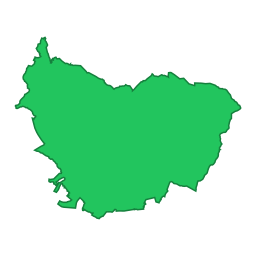 outline of Chiliile, Buzau, Romania
{"feature_id": "2599482B72607399791011", "entity_name": "Chiliile", "entity_type": "district", "adm_level": 2, "iso_a3": "ROU", "parent_name": "Romania", "parent_adm1": "Buzau", "projection": "orthographic", "projection_center": [26.575, 45.45], "detail": "fine", "context": "isolated", "style": "filled", "palette": "green", "viewbox_px": 256, "rotation_deg": 0, "n_neighbors": 0, "source": "geoboundaries", "source_scale": "gbopen_adm2", "svg_char_len": 5635}
<svg xmlns="http://www.w3.org/2000/svg" viewBox="0 0 256 256"><path d="M195.8,191.1L196.1,189.5L196.0,187.8L197.0,184.8L197.3,182.9L198.0,181.0L200.1,180.9L202.7,179.3L204.3,176.4L204.4,175.5L206.4,173.8L207.1,173.0L208.4,168.6L209.6,166.0L210.1,165.7L210.3,165.2L211.8,164.7L212.1,165.0L213.3,164.4L214.9,162.3L215.3,160.7L216.2,159.0L216.7,158.7L218.0,156.7L218.3,155.5L218.4,154.2L218.2,153.7L219.3,151.2L219.4,149.8L220.1,149.6L219.6,149.2L219.5,147.8L220.9,145.7L220.9,145.1L221.9,144.0L220.9,142.6L220.2,140.5L220.5,138.7L220.0,137.2L220.1,136.3L219.6,135.5L220.1,134.2L221.0,133.5L223.4,132.4L225.3,132.3L226.3,131.5L226.7,130.4L228.9,128.3L229.0,127.3L228.7,125.7L229.5,121.9L230.1,120.5L230.2,119.6L231.4,118.7L231.5,113.6L235.1,111.4L237.4,110.7L239.9,109.1L240.6,108.4L240.6,107.6L239.6,105.4L238.3,105.0L236.7,102.4L235.5,101.6L234.7,101.4L234.2,100.2L232.3,99.1L231.4,98.2L230.4,95.0L228.5,92.8L226.7,90.2L225.3,89.3L223.1,89.1L222.4,88.6L221.3,88.7L219.1,88.4L218.5,87.2L217.0,86.7L215.3,85.3L210.0,83.4L205.5,83.7L201.4,83.2L194.7,83.0L194.8,84.2L194.6,85.6L189.0,83.9L183.7,78.3L179.7,78.8L174.5,74.8L171.1,72.6L170.3,72.5L168.6,72.7L168.2,76.0L168.4,77.1L167.4,76.4L166.5,76.5L166.0,76.0L164.3,75.4L162.9,75.6L162.3,75.0L161.6,74.8L158.2,76.7L156.3,76.2L154.5,76.1L153.6,75.5L153.1,74.6L152.2,73.9L151.9,74.6L150.9,76.0L147.2,78.8L145.4,80.6L143.1,80.7L142.8,81.5L142.5,81.8L141.2,81.8L136.9,86.1L134.0,89.5L132.5,90.8L132.5,89.9L132.3,89.5L129.8,85.9L127.4,85.7L125.7,84.7L125.3,85.3L124.1,86.0L122.1,86.0L121.3,86.3L119.7,86.2L119.2,87.1L118.9,87.3L117.0,87.6L115.7,88.0L114.3,88.8L114.0,89.2L113.2,88.6L112.8,87.8L110.9,86.1L109.8,85.5L108.3,85.4L107.2,85.0L105.9,84.0L105.3,83.1L104.6,82.8L104.7,82.4L104.3,82.1L104.1,80.7L103.8,80.2L102.8,79.7L102.5,79.2L100.7,79.2L99.7,78.6L98.9,78.5L95.7,76.4L88.6,72.6L87.1,72.9L86.3,71.6L80.6,65.7L75.3,65.3L73.1,65.4L72.3,65.2L72.0,64.8L70.8,65.1L70.3,64.9L70.4,64.0L69.6,64.7L69.0,64.7L67.8,63.6L66.0,63.3L65.4,63.6L61.9,61.0L59.4,58.5L57.0,58.9L56.7,58.6L55.9,57.2L54.4,57.7L53.6,58.6L52.8,58.4L52.6,58.7L53.3,59.3L53.1,59.6L53.2,60.0L52.5,59.8L52.1,59.4L51.9,59.5L52.0,60.1L51.3,60.4L51.7,61.1L51.2,61.5L51.7,62.1L51.1,62.3L51.2,62.9L50.6,62.9L50.7,62.1L50.1,60.6L50.0,59.0L49.0,57.0L48.6,55.5L48.3,55.0L48.4,54.3L47.4,52.5L46.2,47.4L47.5,45.3L47.5,44.8L46.1,41.7L45.1,40.4L45.1,39.9L45.7,38.6L45.0,37.4L44.1,37.9L44.0,38.2L43.6,38.2L43.4,38.8L41.8,38.1L40.6,40.9L40.3,43.6L38.2,44.1L37.9,45.0L37.9,46.0L37.2,47.3L36.3,48.4L37.8,51.3L39.0,52.1L39.0,52.8L39.9,53.4L40.0,53.8L39.6,54.3L39.8,54.7L39.8,55.2L40.5,55.9L40.8,56.6L38.5,57.7L36.8,57.7L35.1,57.1L35.0,58.3L34.6,58.3L34.6,58.8L34.3,59.0L34.4,59.3L33.9,59.5L33.9,59.9L33.6,60.3L35.2,61.3L34.6,62.2L34.5,63.6L32.0,66.0L31.6,66.2L28.5,65.6L27.7,67.3L26.7,68.4L26.4,70.8L25.6,72.1L25.5,73.0L24.1,74.5L23.3,76.2L23.1,77.3L23.3,79.1L24.5,80.6L24.6,81.3L25.3,81.5L27.5,84.3L27.7,84.9L27.4,85.4L27.4,86.5L27.7,87.5L27.5,88.0L29.3,89.2L29.4,90.6L28.8,91.9L25.9,94.0L24.8,94.4L24.2,96.5L21.6,99.0L20.3,100.5L19.9,101.6L19.8,103.3L17.8,105.1L16.0,105.3L15.6,105.5L15.4,106.0L16.0,106.8L16.2,107.8L16.0,108.0L16.2,108.3L16.6,108.4L17.5,108.4L20.6,106.8L21.4,106.9L22.6,106.3L24.4,106.7L26.1,107.8L27.3,107.6L28.2,108.7L30.2,109.6L31.9,111.2L32.5,112.2L32.7,113.4L33.6,115.0L34.3,115.6L35.7,116.1L35.7,116.7L34.5,118.0L34.0,119.0L33.3,118.3L32.3,118.1L34.9,128.1L36.7,132.2L38.1,134.7L41.3,139.6L44.2,143.4L44.5,143.5L43.8,145.0L40.9,146.4L34.7,150.2L36.9,151.2L38.3,151.3L39.7,151.9L40.4,152.7L42.8,153.3L43.1,153.8L45.9,155.7L48.5,156.6L48.9,157.0L48.9,157.7L49.2,158.2L50.7,159.2L51.2,159.3L51.9,158.9L53.1,159.9L53.3,160.7L54.6,161.6L56.1,163.7L57.1,164.1L57.0,165.2L57.2,166.2L57.6,166.9L59.4,168.7L60.2,168.6L61.1,170.3L60.8,171.2L61.5,172.4L61.1,172.7L61.2,173.4L59.4,173.4L53.7,179.0L50.1,179.5L49.1,179.2L48.9,181.0L49.1,181.6L50.3,182.2L52.0,181.8L53.4,182.0L53.8,182.7L53.8,183.9L54.7,184.1L55.9,185.3L57.4,184.3L57.6,183.6L56.8,182.9L56.8,182.4L56.1,182.0L58.3,180.6L58.9,179.7L62.0,178.0L63.8,177.4L64.9,178.2L64.8,179.5L63.7,180.5L62.8,180.8L61.7,181.7L59.8,182.7L58.7,182.7L58.2,183.9L54.0,191.2L56.4,192.3L58.2,189.9L59.0,188.3L59.1,187.5L60.9,184.0L62.4,183.7L63.1,186.0L63.9,185.8L64.7,186.5L64.3,187.1L64.3,187.8L65.2,187.7L65.6,188.0L66.8,189.5L66.9,190.0L67.3,190.3L67.3,191.0L67.7,190.9L67.8,191.3L68.5,191.6L69.4,192.6L69.5,192.9L68.8,193.1L68.8,193.7L68.0,194.6L68.1,194.9L68.8,195.3L68.8,195.5L67.4,195.6L67.0,195.9L71.6,199.9L70.3,201.0L67.3,201.8L66.8,202.3L63.3,202.3L61.1,201.7L59.7,200.9L57.9,204.0L60.4,205.9L61.9,206.8L63.9,207.2L75.5,208.1L76.4,202.8L77.3,200.9L80.0,197.7L83.3,200.9L83.9,201.7L83.6,201.9L83.8,202.2L84.8,203.1L84.0,204.4L83.2,207.1L82.6,208.1L82.5,209.1L82.7,210.4L83.5,210.5L84.4,210.1L84.2,209.4L86.4,210.9L88.5,212.0L89.5,211.9L91.3,213.1L92.9,213.2L91.8,215.0L93.7,216.2L95.6,217.0L96.9,218.1L99.2,218.6L100.5,217.1L101.5,216.8L102.1,216.3L103.0,216.3L106.4,211.9L110.3,211.8L112.2,212.1L114.1,210.5L114.5,209.6L115.0,209.4L116.0,209.6L116.2,211.1L119.1,210.9L124.0,211.0L133.3,209.5L134.4,209.6L134.4,209.0L135.3,209.3L136.8,209.3L137.4,209.7L143.6,209.1L143.5,208.3L143.7,207.3L143.4,206.7L143.6,206.4L144.1,206.6L144.1,205.6L144.4,204.9L145.7,204.1L145.2,203.0L144.2,203.0L145.9,199.6L154.7,197.5L156.0,201.9L159.0,202.8L159.3,201.9L160.1,201.0L160.4,199.7L161.1,199.6L161.0,198.4L161.7,197.8L162.4,196.7L163.7,196.1L164.7,196.7L165.1,194.8L165.9,193.2L167.8,191.0L167.0,189.7L169.8,182.2L171.2,181.6L172.5,182.1L173.9,183.5L176.6,183.9L180.0,185.8L181.6,185.7L182.6,186.1L184.5,186.3L186.6,186.0L195.8,191.1Z" fill="#22c55e" stroke="#15803d" stroke-width="1.5"/></svg>